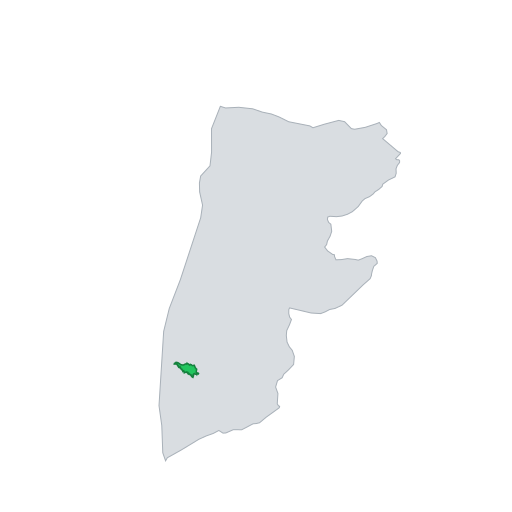 Jaedae, Sinoe, Liberia (highlighted), rotated 62°
{"feature_id": "62588387B27805419534049", "entity_name": "Jaedae", "entity_type": "district", "adm_level": 2, "iso_a3": "LBR", "parent_name": "Liberia", "parent_adm1": "Sinoe", "projection": "natural_earth1", "projection_center": [-8.506, 5.086], "detail": "fine", "context": "in_parent", "style": "filled", "palette": "green", "viewbox_px": 512, "rotation_deg": 62, "n_neighbors": 0, "source": "geoboundaries", "source_scale": "gbopen_adm2", "svg_char_len": 4988}
<svg xmlns="http://www.w3.org/2000/svg" viewBox="0 0 512 512"><g transform="rotate(62 256 256)"><path d="M107.1,217.2L111.0,213.4L116.6,201.4L124.5,189.8L131.9,182.9L137.8,175.8L144.0,170.4L152.8,164.1L166.4,147.4L169.5,145.5L171.7,133.9L175.1,119.3L179.0,114.7L188.3,112.0L190.4,109.4L193.7,99.1L195.8,87.0L196.0,84.4L199.6,84.1L205.8,81.5L209.4,82.7L211.0,86.2L211.8,89.1L230.6,81.6L232.3,80.0L233.3,80.3L235.6,87.1L237.0,86.6L238.1,84.7L239.4,84.5L240.9,85.4L242.3,88.6L244.7,91.4L248.8,93.4L251.4,96.1L251.1,103.4L252.1,110.4L253.8,112.0L254.8,116.2L255.2,120.9L256.2,123.3L256.9,127.9L256.5,132.9L257.3,136.4L260.3,142.5L262.1,150.1L262.1,155.6L261.1,161.2L259.1,166.4L255.6,172.1L255.3,174.4L257.3,175.8L260.5,176.1L263.1,175.0L269.8,177.6L273.3,181.3L276.3,185.9L279.1,188.3L280.3,191.2L285.1,190.4L290.6,187.6L291.7,186.2L293.3,186.9L296.9,187.2L299.3,182.2L301.3,176.4L305.6,170.1L307.7,167.6L308.2,163.6L308.5,158.4L310.0,153.9L313.5,151.4L317.3,151.5L319.4,152.4L320.4,156.8L323.5,160.1L326.1,162.4L327.5,163.3L329.6,165.9L331.7,174.7L339.8,203.1L339.4,210.9L337.8,216.1L337.8,221.1L337.2,226.0L332.2,234.1L317.6,250.7L318.7,252.2L322.2,254.1L325.8,255.0L328.7,254.5L332.4,258.7L336.3,263.9L340.5,266.6L346.6,269.0L351.8,269.2L356.3,268.3L362.7,269.3L369.4,273.7L371.8,280.8L373.4,287.0L375.8,290.1L376.1,295.5L380.9,300.2L387.7,301.2L396.6,306.7L398.9,306.4L399.8,305.7L400.9,306.7L403.1,322.7L404.9,331.2L404.0,334.6L402.8,337.3L402.7,350.2L398.7,357.6L398.1,365.7L396.9,368.3L392.6,370.7L392.6,376.9L391.5,384.5L391.0,392.5L392.2,413.4L392.5,429.0L394.4,432.0L386.0,430.7L361.5,418.8L342.6,411.9L279.2,372.9L261.6,357.2L241.4,333.9L196.3,286.9L186.0,279.3L173.0,275.7L165.0,271.7L159.4,267.3L154.8,254.3L143.5,246.5L122.7,235.5L107.1,217.2Z" fill="#d9dde1" stroke="#a8b0b8" stroke-width="1"/><path d="M332.7,361.9L332.4,362.0L332.1,362.1L331.8,362.5L331.5,362.9L331.2,363.2L330.9,363.4L330.4,363.3L329.7,362.7L328.9,362.2L328.5,361.9L328.1,361.5L327.8,361.6L327.5,361.8L327.2,361.9L326.6,361.9L326.3,362.1L326.0,362.1L325.7,362.0L325.4,362.0L325.0,361.9L324.8,362.0L324.5,361.9L324.0,361.8L323.5,361.8L323.3,361.9L323.4,362.4L323.2,363.2L322.9,363.6L322.5,363.9L322.0,364.0L321.6,364.2L321.2,364.6L321.0,364.8L320.8,364.9L320.8,365.1L320.8,365.4L321.2,365.8L320.9,366.0L320.3,366.3L319.5,366.4L319.3,366.7L318.7,367.1L318.3,367.2L318.7,367.6L318.9,367.9L318.6,368.1L318.4,368.5L318.2,369.0L318.2,369.3L318.3,369.8L318.1,370.1L318.2,370.4L318.2,370.8L318.2,371.2L317.9,371.6L317.6,372.3L317.5,372.5L317.1,372.7L316.8,373.1L316.5,373.7L316.1,373.8L315.4,373.9L315.4,374.0L315.2,374.3L314.8,374.4L314.1,374.6L314.0,374.8L313.5,375.1L313.0,375.6L312.8,375.8L312.6,376.1L312.3,376.6L312.5,377.1L312.7,377.5L312.6,377.8L312.5,378.0L312.5,378.4L312.6,378.5L313.0,378.9L313.3,378.4L313.5,378.0L313.6,377.7L313.5,377.4L313.4,377.2L313.6,377.0L313.9,377.1L314.1,377.1L314.3,376.7L314.6,376.4L314.7,376.2L314.9,376.3L315.2,376.4L315.6,376.7L316.0,376.7L316.5,376.6L316.7,376.3L316.7,376.0L316.9,376.0L317.0,376.3L317.2,376.5L317.5,376.5L317.5,376.4L317.6,376.1L317.8,376.0L318.0,375.8L318.1,375.6L318.2,375.8L318.2,376.0L318.4,376.2L318.5,376.1L318.7,375.7L319.1,375.5L319.4,375.4L319.5,375.3L319.3,375.1L319.5,375.1L319.6,375.4L319.8,375.3L320.1,375.3L320.3,375.2L320.4,375.3L320.5,375.3L320.7,375.2L320.8,375.1L321.0,375.1L321.0,374.9L321.3,374.8L321.5,374.8L321.5,374.7L321.8,374.8L322.1,374.8L322.3,374.6L322.6,374.4L322.8,374.3L323.0,374.3L323.1,374.2L323.2,374.3L323.2,374.5L323.3,374.6L323.5,374.4L323.5,374.1L323.5,373.9L323.7,374.0L323.8,374.2L323.9,373.9L324.0,373.8L324.3,373.8L324.5,373.8L324.5,374.0L324.6,373.9L324.6,373.7L324.9,373.7L325.0,373.8L325.1,373.7L325.3,373.5L325.5,373.7L325.5,373.4L325.5,373.2L325.4,373.0L325.4,372.9L325.5,372.8L325.7,372.7L325.8,372.4L325.8,372.1L325.8,371.9L325.8,371.7L326.0,371.7L326.1,371.4L326.3,371.4L326.4,371.2L326.5,371.1L326.5,371.3L326.7,371.2L326.8,371.1L327.0,371.0L327.3,371.2L327.3,371.3L327.5,371.2L327.8,371.1L328.0,371.3L328.1,371.2L328.2,370.9L328.3,370.9L328.5,370.9L328.5,370.7L328.4,370.5L328.4,370.4L328.6,370.3L328.8,370.4L328.8,370.2L329.1,370.2L329.1,370.3L329.2,370.2L329.3,370.0L329.5,369.9L329.6,369.7L329.8,369.6L330.1,369.7L330.2,369.8L330.3,369.7L330.4,369.4L330.6,369.2L330.6,369.4L330.7,369.5L330.8,369.5L331.0,369.4L331.0,369.1L331.1,368.9L331.3,368.9L331.5,368.9L331.7,369.0L331.8,369.2L331.9,369.4L332.0,369.4L332.2,369.5L332.3,369.4L332.4,369.2L332.4,368.9L332.3,369.0L332.2,368.9L332.3,368.8L332.5,368.8L332.5,369.0L333.0,369.0L333.2,368.9L333.4,368.8L333.5,368.8L333.6,368.7L333.2,368.4L332.8,367.9L332.6,367.6L332.3,367.3L331.9,367.2L331.7,367.1L331.4,366.9L331.0,366.6L330.8,366.1L330.8,365.7L331.1,365.7L331.3,365.6L331.6,365.3L331.8,365.2L332.0,364.8L332.0,364.4L332.1,364.2L332.4,364.2L332.5,364.1L332.5,363.9L332.8,363.9L332.6,363.7L332.6,363.1L332.7,362.9L332.8,362.7L333.1,362.5L333.1,362.3L332.8,362.1L332.7,361.9L332.7,361.9Z" fill="#22c55e" stroke="#15803d" stroke-width="1.5"/></g></svg>